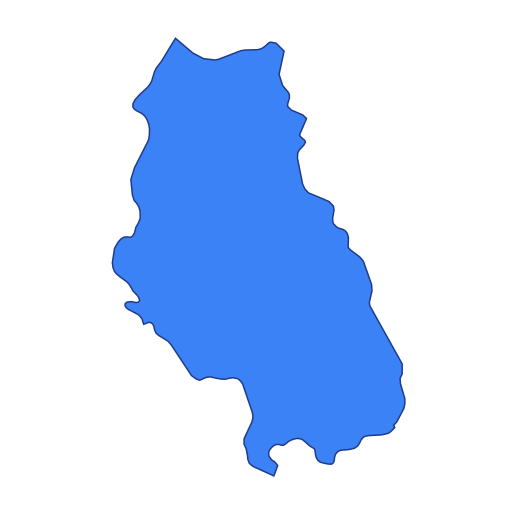 Haute-Saône, Natural Earth projection, rotated 268°
{"feature_id": "FRA-5301", "entity_name": "Haute-Saône", "entity_type": "Metropolitan department", "adm_level": 1, "iso_a3": "FRA", "parent_name": "France", "parent_adm1": "", "projection": "natural_earth1", "projection_center": [5.999, 47.635], "detail": "fine", "context": "isolated", "style": "filled", "palette": "blue", "viewbox_px": 512, "rotation_deg": 268, "n_neighbors": 0, "source": "natural_earth", "source_scale": "10m", "svg_char_len": 2719}
<svg xmlns="http://www.w3.org/2000/svg" viewBox="0 0 512 512"><g transform="rotate(268 256 256)"><path d="M108.2,399.8L103.3,399.6L98.6,398.5L85.4,391.0L81.9,387.6L79.7,388.7L75.6,384.3L74.1,381.7L73.1,376.8L72.8,373.6L72.6,362.8L72.2,359.7L71.4,357.2L68.6,354.6L65.6,353.1L62.7,351.1L60.5,347.9L59.4,342.6L59.1,339.0L59.1,336.0L58.8,333.4L57.7,330.9L54.9,328.4L52.0,327.5L49.1,327.1L46.7,326.2L45.3,324.2L45.6,320.9L46.2,318.1L47.7,312.9L49.6,310.7L52.2,309.3L55.0,308.6L59.9,308.1L60.9,307.8L61.4,307.4L64.7,302.6L69.1,298.1L71.1,295.7L72.0,292.9L72.2,290.0L71.6,287.2L70.7,284.4L69.3,281.7L67.5,279.5L65.9,276.9L66.1,274.6L66.9,272.1L66.9,269.7L66.0,267.3L64.1,264.9L61.7,262.8L58.7,261.7L55.5,262.0L51.6,264.6L49.8,267.3L45.8,270.4L35.6,266.2L45.3,246.6L47.2,243.9L49.5,241.9L53.3,240.7L56.4,240.6L63.5,239.5L68.5,237.5L73.8,237.7L90.0,246.0L93.3,247.0L96.5,247.3L99.6,246.9L128.6,238.2L131.5,236.3L134.1,233.4L135.1,228.6L134.8,225.1L134.0,221.7L134.1,217.9L134.9,213.5L136.8,206.1L136.4,201.8L133.8,195.4L135.2,191.9L138.7,187.4L170.4,168.0L174.0,165.0L179.9,156.1L182.3,153.5L186.0,152.0L189.0,151.5L191.8,150.4L193.1,148.4L193.5,146.5L191.7,141.4L197.5,139.7L200.9,137.0L202.0,135.5L207.1,126.5L208.8,124.6L210.8,123.4L212.8,123.5L214.3,125.1L214.6,127.3L214.8,129.8L213.6,134.8L214.0,136.9L215.6,138.2L219.0,137.2L221.3,135.5L224.8,132.3L232.3,128.1L234.7,126.0L240.2,119.0L243.5,115.5L245.7,113.9L249.4,112.7L254.3,112.2L268.6,114.9L274.6,118.6L277.6,121.5L279.4,124.5L279.6,127.0L279.1,131.6L280.4,133.6L283.4,135.4L288.7,136.9L293.2,139.7L297.8,141.6L305.2,141.7L309.5,140.5L312.5,138.8L316.0,136.1L321.5,134.6L336.8,133.6L348.5,137.7L374.6,152.1L377.0,153.0L380.5,153.6L386.4,154.0L390.9,153.5L394.8,152.4L398.1,150.8L400.7,148.8L402.7,146.4L405.4,141.6L407.0,139.6L409.3,138.1L412.5,138.4L416.3,140.5L421.9,145.9L427.9,153.0L430.8,155.6L434.3,157.8L443.7,161.0L447.6,163.1L453.9,168.3L476.4,183.1L461.0,200.0L455.1,210.4L453.3,222.0L453.9,225.4L461.7,248.0L462.2,252.2L462.1,264.6L462.7,267.6L463.9,270.3L465.6,272.8L468.3,275.8L469.0,277.0L469.2,278.3L468.0,283.5L459.8,291.2L436.7,285.4L425.6,288.5L418.4,294.0L415.8,295.0L412.7,294.9L406.7,292.9L404.3,292.9L400.6,296.4L395.4,307.6L391.6,311.3L375.5,303.7L373.7,304.6L369.8,308.8L368.0,309.4L365.3,307.8L360.4,302.9L357.5,301.3L352.5,300.8L326.2,305.1L321.3,307.2L317.3,310.6L307.9,330.9L303.2,335.1L299.2,335.6L290.7,333.8L286.7,334.1L285.2,334.8L282.3,337.5L281.2,339.0L279.4,344.1L278.3,345.7L276.8,347.1L275.1,348.1L271.3,349.0L261.5,348.4L259.0,350.3L251.4,359.7L246.8,363.2L223.5,370.5L217.2,370.7L205.8,367.7L202.3,368.0L143.1,398.3L133.2,398.0L128.6,395.7L123.4,395.9L108.2,399.8Z" fill="#3b82f6" stroke="#1e3a8a" stroke-width="1.5"/></g></svg>